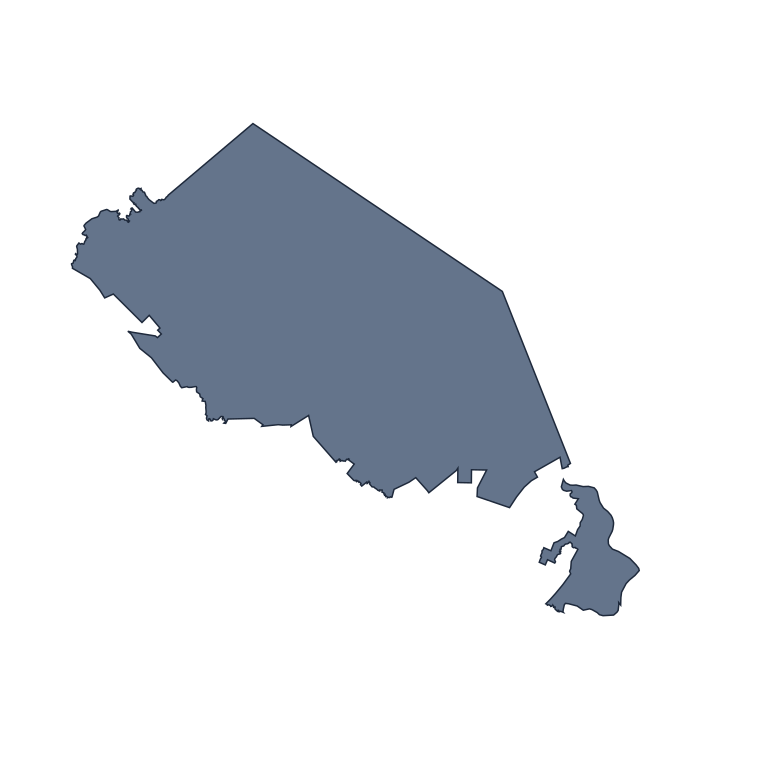 Loma Bonita, Oaxaca, Mexico, rotated 314°
{"feature_id": "50627088B96812513465333", "entity_name": "Loma Bonita", "entity_type": "district", "adm_level": 2, "iso_a3": "MEX", "parent_name": "Mexico", "parent_adm1": "Oaxaca", "projection": "albers", "projection_center": [-95.917, 17.963], "detail": "fine", "context": "isolated", "style": "filled", "palette": "slate", "viewbox_px": 768, "rotation_deg": 314, "n_neighbors": 0, "source": "geoboundaries", "source_scale": "gbopen_adm2", "svg_char_len": 5998}
<svg xmlns="http://www.w3.org/2000/svg" viewBox="0 0 768 768"><g transform="rotate(314 384 384)"><path d="M456.4,573.3L532.8,404.8L480.3,108.8L369.8,97.6L368.8,97.9L366.9,97.6L365.6,98.0L364.1,97.9L363.4,97.5L362.5,95.9L361.5,96.2L360.8,95.9L360.9,94.9L360.1,93.9L358.7,93.9L357.2,93.4L356.6,94.1L355.8,94.3L354.1,93.0L353.4,86.8L353.7,84.3L354.1,83.2L353.9,81.7L354.8,80.5L354.9,79.4L355.5,78.8L355.5,78.3L354.7,77.3L355.2,75.3L354.7,74.6L355.9,73.4L354.6,72.8L354.6,71.7L353.9,71.0L352.3,70.5L351.7,70.6L351.2,71.4L349.8,71.3L348.8,71.8L347.5,71.1L346.6,71.7L346.1,71.6L345.9,72.7L345.1,73.0L344.4,72.8L344.1,72.0L343.4,71.6L343.0,70.8L342.7,70.8L340.5,72.8L340.3,76.9L340.7,78.2L339.9,78.4L339.7,79.4L340.8,80.4L340.1,80.9L340.4,81.6L339.9,82.3L340.1,84.9L339.7,85.5L340.0,86.3L339.6,87.3L340.7,88.5L340.4,88.9L339.3,88.4L338.2,88.7L337.9,88.2L336.4,87.5L335.1,85.9L335.7,80.6L334.9,80.1L334.1,80.3L334.4,80.8L334.2,81.6L332.7,82.2L331.7,82.0L330.5,82.9L330.2,83.7L329.5,83.2L328.8,83.9L327.5,83.8L326.7,82.0L326.0,82.0L325.0,83.1L324.7,84.6L325.0,85.5L324.1,86.3L324.4,87.7L322.9,87.9L322.6,87.2L323.2,86.4L322.8,85.8L322.9,84.9L321.8,83.6L321.9,82.0L320.5,80.9L320.0,80.0L318.5,80.2L318.1,79.4L318.5,78.6L319.5,77.9L319.7,75.7L320.8,75.6L321.9,76.1L323.0,75.7L323.2,75.0L321.8,74.0L321.8,73.1L322.2,72.6L324.1,72.3L324.4,71.9L322.1,71.3L318.5,68.0L317.9,67.0L317.3,64.0L316.8,63.2L311.7,60.5L310.5,60.5L306.4,62.0L304.6,61.6L300.0,59.1L292.8,57.9L289.7,58.1L289.2,58.5L288.0,62.0L286.8,62.3L283.5,62.2L282.5,62.5L282.4,63.8L283.1,64.9L283.2,65.9L284.3,66.4L284.0,67.5L283.5,69.2L283.1,69.1L282.8,68.4L282.3,68.9L281.2,68.8L280.5,69.5L278.7,69.7L276.3,70.9L275.7,70.6L275.2,69.1L273.8,68.6L273.5,66.6L270.1,67.0L269.4,67.4L268.0,69.8L264.6,73.3L263.5,73.3L263.6,71.7L263.0,71.8L262.8,74.1L262.1,74.9L260.0,75.2L258.3,76.2L258.1,76.1L258.0,75.1L257.4,75.0L255.0,76.4L253.5,75.7L252.9,76.3L251.9,78.6L250.8,79.5L255.8,99.5L254.1,114.5L251.9,123.3L260.7,126.8L260.1,167.2L270.3,167.4L268.6,184.0L265.5,183.8L265.3,189.1L260.0,188.8L259.7,186.1L246.4,167.0L244.0,163.1L244.3,167.5L240.0,183.6L241.3,198.5L238.5,217.4L238.4,230.4L238.6,230.9L242.1,231.3L242.6,232.7L242.3,235.6L240.9,239.1L240.8,241.1L245.4,244.2L245.4,244.9L246.0,246.0L247.9,247.8L250.9,249.9L251.7,250.8L251.4,251.7L249.6,253.0L248.2,254.7L248.8,258.4L247.2,260.6L247.7,264.0L246.5,264.3L245.4,265.0L247.3,267.5L244.8,270.9L243.4,272.0L240.6,275.2L239.3,276.3L238.1,276.7L238.2,278.8L236.1,280.0L235.2,281.6L235.6,283.5L237.2,282.2L237.9,282.6L237.8,283.7L237.2,285.1L238.0,285.9L239.3,286.1L240.5,285.4L241.3,287.7L242.1,288.8L243.2,289.3L247.4,289.3L248.7,290.8L248.6,291.3L246.9,291.5L246.5,292.2L247.4,292.0L247.9,292.5L247.6,293.8L246.8,294.5L247.2,295.7L246.0,297.0L245.3,296.0L244.6,296.0L245.7,297.5L250.4,296.1L269.1,314.5L270.6,325.2L268.6,325.5L281.3,336.2L284.1,339.7L290.2,345.6L288.8,346.6L309.0,351.6L297.2,369.5L294.4,403.1L294.8,402.8L295.0,404.0L296.2,403.3L296.5,403.8L298.2,403.8L298.2,404.3L299.0,404.0L299.2,404.9L298.0,406.2L299.8,406.9L300.2,408.2L300.9,408.6L301.5,409.8L303.8,409.4L304.2,410.2L305.5,410.3L305.7,411.1L304.8,411.2L305.7,418.2L294.0,419.7L293.7,429.3L294.3,430.4L295.2,430.7L294.7,431.9L295.8,431.9L295.8,433.1L296.4,433.3L295.9,434.2L296.5,434.5L296.5,436.5L295.3,436.9L295.1,438.9L301.3,439.7L300.6,441.0L301.1,441.2L302.3,440.7L302.7,441.2L303.5,440.9L303.1,442.7L302.1,443.0L301.7,446.8L302.9,448.4L302.9,450.4L303.3,451.3L303.3,453.4L304.0,455.2L304.7,454.5L306.4,456.4L304.8,457.7L305.6,459.4L304.8,460.4L305.4,461.2L304.4,461.8L304.9,462.3L304.2,463.4L305.0,463.8L305.0,465.0L304.5,465.5L305.8,466.1L306.3,467.0L307.3,467.0L307.9,468.3L308.2,468.3L315.2,464.4L330.7,470.2L338.7,471.9L337.4,489.3L336.9,491.8L371.8,496.1L374.8,495.6L364.3,505.5L373.6,515.5L383.1,506.5L393.4,517.6L374.2,523.4L367.7,529.1L382.3,560.2L394.8,557.8L407.3,556.5L416.9,557.2L423.6,559.1L425.4,553.2L453.6,561.5L446.9,571.0L448.4,572.0L451.5,573.1L452.5,573.9L453.2,572.6L456.4,573.3ZM389.4,707.8L395.0,702.7L399.3,699.5L408.6,696.8L413.5,696.7L420.8,697.5L427.1,697.2L428.3,695.3L429.0,690.9L429.3,682.0L426.4,669.0L423.9,663.0L424.2,658.5L424.9,656.5L427.6,653.6L429.5,652.6L436.4,650.5L438.4,649.5L442.1,646.9L443.6,645.6L445.0,643.7L446.4,641.1L447.3,638.4L447.7,633.3L447.2,628.1L448.8,621.7L449.9,619.5L454.5,612.4L455.1,610.2L455.3,607.3L452.4,602.2L448.5,598.5L444.8,592.4L442.4,590.2L440.6,588.1L439.2,583.6L439.4,581.4L440.0,579.3L433.2,583.0L432.1,585.6L432.3,587.1L433.8,589.9L437.6,592.9L437.0,594.2L435.9,594.5L434.5,594.2L433.2,595.2L432.6,596.5L433.1,597.5L433.3,599.3L436.5,603.5L430.1,604.8L430.4,606.6L428.1,609.4L428.7,616.8L428.5,618.0L427.9,618.8L424.3,620.7L420.5,621.5L418.1,623.7L413.8,624.4L407.6,627.2L406.0,618.9L398.9,620.5L395.6,619.3L391.5,618.4L387.9,616.6L380.0,619.9L377.3,612.7L375.5,613.6L374.1,613.4L373.4,613.8L372.5,614.8L369.0,616.1L368.9,617.5L368.6,617.7L366.7,618.1L363.6,619.5L365.9,625.7L371.2,623.7L373.8,631.2L375.2,630.9L376.1,628.8L377.1,628.2L379.6,628.0L381.3,627.4L382.2,627.5L384.2,628.7L384.9,628.6L384.8,627.9L385.2,627.0L386.0,627.6L386.6,627.3L386.3,626.4L387.4,625.5L388.1,626.1L390.3,624.6L392.3,625.8L394.3,625.6L395.4,626.0L396.0,626.7L397.8,627.5L398.7,627.2L399.6,627.8L399.6,630.5L398.8,631.0L398.7,631.6L397.7,632.3L397.7,633.4L398.0,634.2L399.2,635.0L399.1,635.9L399.6,636.7L399.8,638.3L386.5,641.9L380.9,646.6L378.3,647.5L377.1,650.2L364.0,652.0L352.5,652.9L344.8,653.2L338.3,653.1L338.8,654.7L338.4,655.2L339.7,655.9L340.2,657.9L339.8,658.4L340.7,659.1L341.5,659.0L341.7,659.3L341.3,659.9L342.2,659.2L342.0,660.7L341.2,661.2L342.3,662.1L341.3,662.8L340.9,663.6L341.0,666.9L341.5,667.4L342.3,666.6L342.5,667.0L341.7,667.8L341.7,668.2L343.2,669.0L344.3,671.6L344.4,671.0L346.6,669.4L350.4,667.1L352.2,666.9L354.2,669.5L358.5,677.2L359.7,684.5L365.0,688.0L366.2,690.4L367.7,696.2L367.7,699.2L369.5,702.5L377.3,709.7L381.7,710.1L383.8,709.7L388.5,706.1L389.8,704.7L389.4,707.8Z" fill="#64748b" stroke="#1e293b" stroke-width="1.5"/></g></svg>